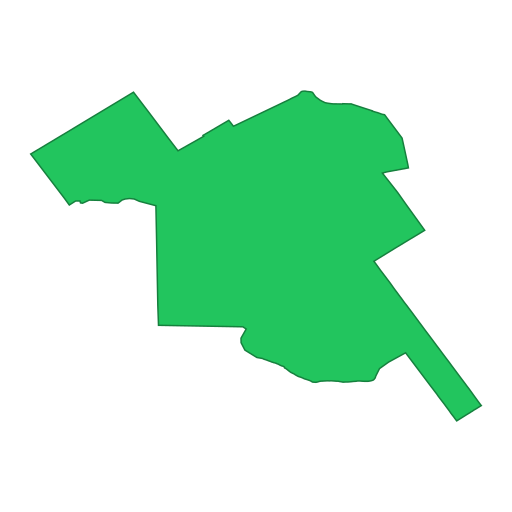 Rasmiresti, Teleorman, Romania (Robinson projection)
{"feature_id": "2599482B62512953612399", "entity_name": "Rasmiresti", "entity_type": "district", "adm_level": 2, "iso_a3": "ROU", "parent_name": "Romania", "parent_adm1": "Teleorman", "projection": "robinson", "projection_center": [25.58, 43.986], "detail": "fine", "context": "isolated", "style": "filled", "palette": "green", "viewbox_px": 512, "rotation_deg": 0, "n_neighbors": 0, "source": "geoboundaries", "source_scale": "gbopen_adm2", "svg_char_len": 4021}
<svg xmlns="http://www.w3.org/2000/svg" viewBox="0 0 512 512"><path d="M384.5,114.7L384.0,114.6L383.4,114.5L382.3,114.3L381.3,114.0L380.0,113.5L377.5,112.6L375.9,112.2L372.2,111.1L372.3,110.8L370.4,110.2L365.1,108.5L359.6,106.7L354.7,105.1L352.3,104.3L351.6,104.0L351.3,103.9L350.9,103.9L349.4,103.9L345.8,103.8L342.7,103.7L342.6,104.0L335.6,103.9L333.4,103.9L332.4,103.8L331.4,103.7L329.2,103.4L327.7,103.2L326.7,103.0L325.1,102.7L324.5,102.4L322.0,101.2L320.0,100.1L317.5,98.2L316.2,97.3L315.2,96.2L314.6,95.4L313.7,94.1L313.0,93.0L312.5,92.5L312.1,92.2L311.4,92.0L310.7,91.8L309.4,91.7L307.4,91.5L306.5,91.4L305.9,91.2L304.3,91.1L303.0,91.2L301.9,91.4L301.1,91.8L299.5,93.5L297.8,95.3L295.1,96.7L293.1,97.6L291.2,98.5L290.7,98.8L290.2,99.1L287.2,100.6L284.2,102.0L275.7,106.1L274.0,106.9L237.6,124.3L234.6,125.7L233.4,126.2L231.1,123.2L228.8,120.3L203.0,135.4L203.7,136.3L190.8,143.6L178.0,150.8L168.5,138.4L153.5,118.5L149.2,112.8L133.5,92.2L62.4,135.0L30.7,154.0L64.5,198.4L69.3,205.0L75.6,201.0L80.0,201.0L80.5,202.9L82.6,203.2L89.3,200.1L101.6,200.4L105.0,202.4L111.5,203.0L118.1,203.1L122.1,200.0L125.2,199.0L129.5,198.5L134.2,199.0L139.3,201.3L155.9,205.7L156.6,240.5L157.8,304.9L158.5,325.3L232.3,326.6L242.8,326.8L246.2,329.0L241.0,338.2L241.1,342.7L244.9,350.1L256.9,357.5L262.1,358.4L262.3,358.5L262.5,358.5L262.8,358.6L263.2,358.8L263.7,359.1L264.3,359.3L264.9,359.5L266.3,359.9L267.0,360.2L267.5,360.4L267.8,360.5L268.5,360.8L268.8,360.9L269.4,361.1L270.1,361.3L270.8,361.6L271.4,361.9L271.7,362.0L272.0,362.1L272.3,362.2L272.8,362.3L273.6,362.6L273.8,362.7L274.0,362.7L274.5,362.8L274.9,362.9L275.8,363.2L276.2,363.3L276.5,363.5L277.1,363.8L278.1,364.1L278.7,364.4L279.5,364.9L280.1,365.2L281.7,365.9L281.9,366.0L282.2,366.0L282.5,366.1L282.9,366.2L283.4,366.4L283.8,366.6L284.1,366.9L284.3,367.0L284.3,367.3L284.5,367.8L284.6,368.0L285.1,368.1L285.5,368.3L286.0,368.7L287.0,369.4L288.2,370.4L289.6,371.5L290.6,372.2L291.2,372.6L291.7,372.8L293.1,373.5L294.2,374.0L295.3,374.8L296.9,375.7L298.0,376.3L298.5,376.5L299.3,376.8L300.5,377.1L301.2,377.4L302.5,377.9L303.9,378.6L304.9,379.0L305.4,379.1L306.7,379.5L308.2,380.0L309.9,380.6L311.1,381.2L312.0,381.8L312.4,382.0L312.8,382.1L314.3,382.2L315.6,382.3L316.0,382.3L316.4,382.2L317.5,382.0L319.5,381.4L320.6,381.2L321.7,381.1L322.5,381.1L323.9,381.0L325.6,380.9L327.9,380.8L329.4,380.9L330.4,380.8L331.6,380.8L332.8,380.9L335.3,381.1L336.5,381.2L337.2,381.2L337.8,381.2L338.6,381.3L339.9,381.6L340.8,381.7L342.3,382.0L342.8,382.1L343.8,382.1L345.6,382.0L347.7,382.0L350.1,381.8L351.2,381.7L353.8,381.4L355.8,381.3L357.6,381.0L360.0,381.0L362.3,381.2L364.2,381.3L366.7,381.3L368.1,381.3L368.8,381.2L370.6,380.9L372.1,380.5L373.1,380.1L373.4,380.0L373.8,379.6L374.2,379.2L375.2,377.9L375.8,376.0L379.5,368.6L388.6,362.1L405.6,352.8L431.3,386.9L432.4,388.3L434.9,391.6L436.9,394.2L438.1,396.0L441.9,401.0L444.0,403.7L445.6,405.9L449.4,411.0L450.8,413.1L452.7,415.6L453.6,416.7L454.8,418.4L456.7,420.9L461.5,417.9L465.0,415.7L466.9,414.5L468.4,413.6L470.4,412.4L470.9,412.0L472.3,411.2L473.0,410.7L473.5,410.3L475.8,409.0L480.9,405.8L481.3,405.6L479.0,402.6L477.6,400.7L475.8,398.2L473.4,394.9L472.0,392.9L470.6,391.0L469.1,388.9L466.7,385.8L465.4,384.0L462.6,380.3L459.6,376.3L457.0,372.8L454.7,369.7L452.0,366.1L449.0,362.0L446.4,358.6L444.6,356.2L441.9,352.6L440.0,350.0L437.8,347.1L436.5,345.4L433.4,341.2L430.1,336.8L428.0,334.0L425.8,331.1L423.5,328.0L421.9,325.8L419.1,322.1L418.1,320.7L416.6,318.7L414.6,316.0L411.5,311.8L408.9,308.4L407.0,305.8L405.0,303.3L403.5,301.3L401.3,298.2L400.1,296.7L397.1,292.6L395.2,290.1L393.1,287.2L391.5,284.9L389.7,282.4L387.4,279.4L385.7,277.1L383.7,274.5L380.5,270.3L375.9,263.9L374.9,262.6L373.9,261.3L377.2,259.2L394.9,248.3L409.1,239.7L424.7,230.3L405.9,204.2L397.8,192.7L389.1,181.6L385.2,176.7L382.4,173.1L386.7,171.9L408.4,167.9L407.8,164.5L404.9,151.0L402.2,138.7L402.0,138.0L387.3,118.4L386.7,117.6L385.4,115.8L385.3,115.7L384.8,115.0L384.5,114.7Z" fill="#22c55e" stroke="#15803d" stroke-width="1.5"/></svg>